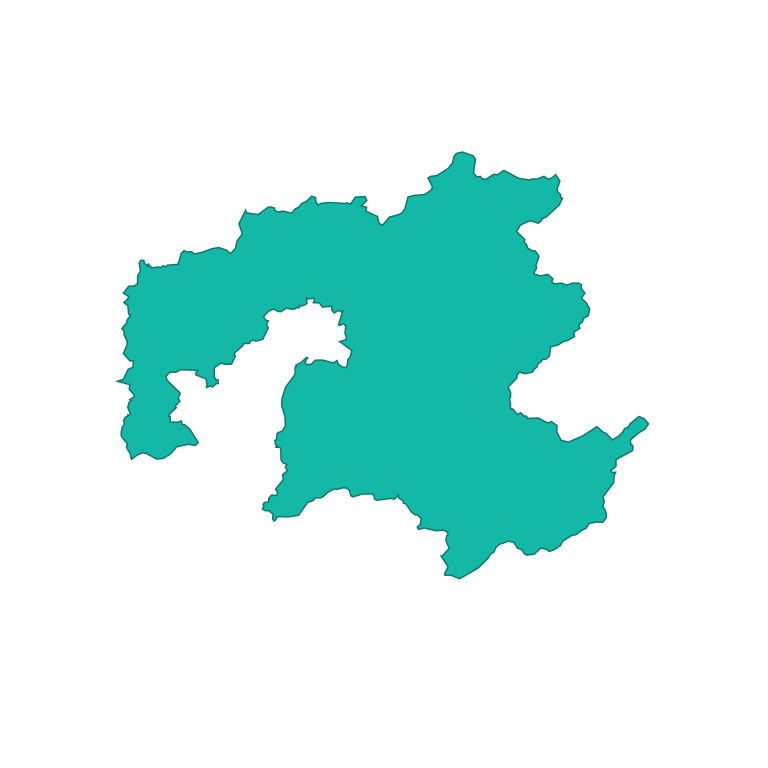 the district of Yen Son, Tuyên Quang, Vietnam, rotated 59°
{"feature_id": "81297802B74193371644879", "entity_name": "Yen Son", "entity_type": "district", "adm_level": 2, "iso_a3": "VNM", "parent_name": "Vietnam", "parent_adm1": "Tuyên Quang", "projection": "equal_earth", "projection_center": [105.29, 21.864], "detail": "fine", "context": "isolated", "style": "filled", "palette": "teal", "viewbox_px": 768, "rotation_deg": 59, "n_neighbors": 0, "source": "geoboundaries", "source_scale": "gbopen_adm2", "svg_char_len": 6170}
<svg xmlns="http://www.w3.org/2000/svg" viewBox="0 0 768 768"><g transform="rotate(59 384 384)"><path d="M234.3,190.1L225.5,197.4L223.7,203.2L224.7,206.4L229.8,211.4L232.3,218.1L232.6,231.5L230.1,236.9L230.0,240.1L239.9,241.0L241.4,242.4L242.3,245.9L242.4,252.0L238.0,260.7L236.1,267.1L244.5,275.7L246.4,279.9L246.5,283.7L243.8,293.3L247.1,303.4L243.8,305.5L237.1,303.3L226.4,310.6L223.5,307.8L219.7,311.8L217.8,304.2L213.6,303.7L209.1,312.2L212.6,320.2L209.6,322.4L209.5,324.0L200.1,337.7L196.8,344.9L196.7,348.0L193.3,348.8L189.0,346.7L185.9,349.2L187.4,356.1L186.9,361.6L188.6,366.1L188.2,370.1L190.0,375.2L183.8,381.5L181.9,386.5L179.0,388.1L176.6,387.3L174.1,389.7L172.8,392.2L173.9,404.7L166.4,413.8L163.8,413.1L171.9,425.8L182.4,428.1L185.9,436.6L191.2,441.4L193.3,448.4L188.3,450.0L182.0,455.3L179.5,461.5L177.0,473.9L174.7,479.7L171.5,480.8L169.6,484.6L166.7,486.8L167.7,490.5L175.3,498.9L170.8,508.1L170.9,511.0L169.0,512.3L169.0,516.2L167.5,516.9L164.8,523.4L162.9,523.4L161.5,525.3L161.4,524.2L159.8,524.1L159.9,526.5L156.8,527.2L154.5,526.2L152.7,528.5L154.1,531.5L161.5,534.4L164.4,539.5L170.9,543.4L171.4,547.6L168.7,552.4L171.9,560.7L177.4,557.7L179.0,559.8L180.2,565.0L185.2,563.3L192.6,566.9L194.6,565.8L197.0,571.6L198.8,572.6L201.5,580.2L205.0,579.5L207.7,581.4L214.9,582.1L218.1,584.0L223.6,591.7L233.3,589.9L234.8,586.9L240.3,590.3L239.7,595.9L245.7,604.9L244.4,611.0L253.6,602.2L257.4,605.1L265.0,603.7L266.2,604.9L266.5,609.9L267.8,609.1L268.5,612.1L272.2,615.8L278.5,616.6L279.7,618.5L278.5,619.7L279.7,620.9L279.2,622.8L280.8,625.6L285.0,627.5L286.0,630.4L290.4,634.4L293.5,636.1L303.1,634.8L305.4,637.3L313.4,637.5L317.7,639.3L318.5,639.1L317.8,631.9L318.4,626.8L321.1,623.5L331.2,617.6L334.0,611.7L334.0,603.8L331.1,593.6L335.0,582.7L339.5,577.4L338.6,573.4L322.6,573.7L316.0,576.0L315.0,577.7L311.2,576.9L310.7,580.4L306.5,586.8L302.2,584.1L300.8,585.4L299.2,582.7L297.3,574.2L295.6,574.5L293.4,567.7L290.2,567.8L287.0,563.4L269.4,567.9L265.2,567.2L263.6,561.8L266.8,556.0L267.0,551.1L276.4,536.3L277.6,539.6L279.4,540.5L287.7,534.0L293.3,535.9L295.4,538.0L296.4,533.7L298.2,532.4L297.2,528.0L298.2,525.8L295.0,524.1L294.3,525.8L291.0,526.0L283.4,521.7L282.5,520.0L282.2,512.7L285.3,510.0L288.4,504.4L283.4,496.8L281.7,497.3L280.3,495.7L278.6,486.2L277.2,483.4L280.0,478.2L278.5,476.9L278.9,473.7L281.4,471.6L283.2,464.9L276.4,454.4L272.2,453.9L270.4,450.6L267.9,452.7L264.1,452.5L262.2,445.5L262.8,439.9L267.2,437.5L269.0,435.0L268.6,428.3L272.0,425.2L273.8,421.6L273.5,419.4L275.0,417.6L273.2,415.7L274.5,414.8L275.4,411.3L275.0,408.3L270.4,406.2L272.2,405.0L274.5,399.8L275.9,399.9L277.9,402.7L281.1,397.7L286.3,397.2L290.4,388.9L294.0,390.7L297.5,390.1L297.4,385.9L298.9,383.5L300.1,383.6L300.2,381.7L309.8,392.6L311.2,391.6L311.2,387.8L314.5,386.8L320.4,391.3L325.1,392.4L326.5,393.6L324.8,400.1L338.8,394.3L344.0,400.0L344.3,402.2L349.9,406.6L350.0,408.8L348.1,410.8L343.3,413.0L339.7,412.2L339.9,416.6L331.8,424.4L328.3,430.5L329.6,436.5L327.5,440.2L324.8,440.7L322.2,436.0L321.5,436.9L322.9,444.4L322.5,450.0L324.0,450.0L323.9,451.5L330.0,455.4L336.1,470.1L343.7,478.7L349.8,482.9L360.8,485.6L369.1,490.1L372.0,495.7L371.1,499.8L371.7,501.4L376.4,504.7L376.1,506.7L380.5,508.3L381.9,507.4L382.6,509.1L384.7,505.9L386.4,505.8L395.7,511.2L399.5,511.2L403.1,508.6L404.3,511.3L408.6,511.6L409.4,517.6L414.1,519.6L418.3,531.2L421.4,530.8L423.7,532.5L423.8,534.6L421.5,537.0L421.6,539.1L422.9,541.8L425.5,543.5L424.1,547.6L424.7,549.5L426.8,550.0L428.7,552.7L431.3,551.2L433.3,548.0L438.3,546.1L442.3,548.9L444.7,549.0L444.7,546.7L443.0,544.8L443.5,542.4L448.5,534.7L452.5,524.9L446.2,510.5L447.4,504.3L446.2,501.5L448.9,497.1L449.2,494.4L447.9,488.1L448.3,480.7L450.1,478.5L452.0,472.2L454.3,469.5L457.7,468.4L462.6,470.0L464.8,468.6L467.1,459.3L471.9,451.1L474.1,449.9L477.9,451.4L480.0,449.9L485.4,437.5L488.1,434.3L486.5,428.7L489.3,430.1L494.0,427.7L496.2,428.8L498.1,426.9L508.0,426.4L512.4,424.6L513.0,422.8L518.5,421.4L523.1,425.3L523.6,429.1L526.4,429.3L528.1,423.7L536.6,415.0L540.0,408.2L543.0,406.1L546.0,406.4L546.7,408.8L550.0,411.5L558.5,412.8L561.3,422.3L560.8,423.7L573.7,423.2L577.9,430.0L579.4,430.2L582.3,425.1L589.9,419.4L590.2,398.2L587.3,385.8L584.6,379.8L584.7,376.3L581.9,372.6L580.8,368.2L582.8,358.5L586.5,354.3L593.6,354.1L597.0,351.0L601.5,351.2L604.2,349.8L607.2,342.7L605.4,334.1L608.7,330.4L612.8,328.4L613.7,323.0L613.2,315.8L610.7,311.6L610.6,300.7L612.1,296.9L611.3,290.7L611.7,284.9L609.2,279.9L611.6,273.2L615.3,267.6L613.1,262.6L611.4,261.0L606.1,259.3L601.6,259.5L598.2,255.6L593.6,254.6L586.8,237.8L581.1,234.0L579.0,230.9L577.1,234.3L574.8,234.0L574.1,227.5L568.3,224.1L569.1,205.2L565.4,202.6L562.0,203.3L558.8,201.4L557.1,191.6L557.0,183.4L554.4,177.7L547.3,179.1L543.2,182.2L544.9,193.8L546.8,196.8L546.1,200.5L548.3,204.2L549.5,209.7L549.5,217.1L541.0,218.9L537.7,221.2L530.3,223.4L530.8,241.0L528.8,255.8L523.5,261.2L514.2,260.6L508.8,257.1L502.4,259.8L502.2,262.7L500.8,264.4L492.6,269.3L487.4,278.7L484.9,278.4L484.1,280.2L478.9,281.7L478.8,285.4L472.4,286.2L470.1,288.1L464.5,284.9L462.0,284.9L460.7,282.5L456.2,279.7L450.6,279.4L447.4,267.3L444.7,265.0L443.5,261.9L447.9,257.7L450.2,250.8L448.5,247.2L448.4,244.4L445.7,241.2L445.9,238.3L444.6,235.4L446.1,232.7L445.2,227.9L438.0,221.9L440.3,214.2L439.9,208.7L441.3,204.2L441.4,196.3L437.4,194.7L437.1,187.4L433.5,186.5L433.0,182.1L430.3,178.5L430.7,173.9L425.8,169.1L418.4,168.8L412.1,170.6L409.6,165.0L403.8,165.7L400.5,163.6L397.7,165.3L394.7,170.3L393.4,176.4L389.0,179.9L385.8,186.5L382.8,187.7L380.7,185.0L374.4,187.2L371.9,194.1L367.3,198.5L365.5,197.8L363.4,193.6L360.6,192.7L354.8,185.7L353.2,185.4L347.9,185.8L345.7,188.6L341.2,190.9L337.5,190.0L335.0,190.9L332.8,189.0L321.4,191.8L318.0,185.1L318.8,177.1L320.2,173.6L325.6,169.1L325.3,165.4L323.7,163.6L324.4,159.1L320.8,141.5L316.6,135.3L315.0,136.5L312.7,135.1L308.4,136.2L305.4,134.5L300.7,128.7L293.0,129.0L293.8,134.0L293.1,137.8L288.3,139.9L287.2,147.3L284.6,151.3L284.1,154.2L276.9,162.8L262.6,171.2L263.1,179.1L260.8,181.8L261.0,190.9L258.8,194.2L255.6,194.6L254.5,197.8L249.1,198.6L238.4,189.8L234.3,190.1Z" fill="#14b8a6" stroke="#0f766e" stroke-width="1.5"/></g></svg>